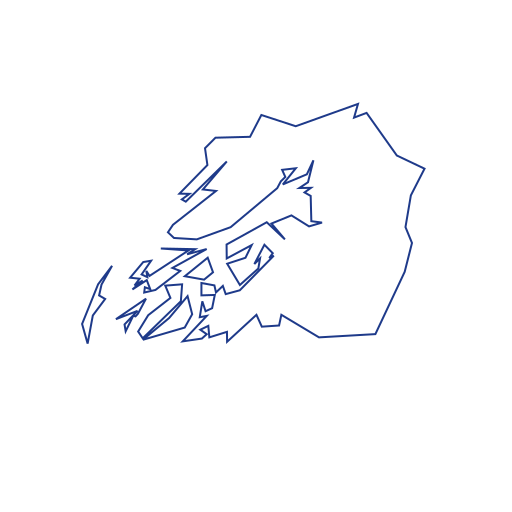 the district of Kragerø nor, Telemark, Norway, rotated 153°
{"feature_id": "86288312B49574496849742", "entity_name": "Kragerø nor", "entity_type": "district", "adm_level": 2, "iso_a3": "NOR", "parent_name": "Norway", "parent_adm1": "Telemark", "projection": "natural_earth1", "projection_center": [9.439, 58.886], "detail": "medium", "context": "isolated", "style": "outline", "palette": "blue", "viewbox_px": 512, "rotation_deg": 153, "n_neighbors": 0, "source": "geoboundaries", "source_scale": "gbopen_adm2", "svg_char_len": 1955}
<svg xmlns="http://www.w3.org/2000/svg" viewBox="0 0 512 512"><g transform="rotate(153 256 256)"><path d="M238.4,379.8L252.5,375.2L258.0,359.1L295.9,346.3L287.1,341.6L296.4,340.1L293.9,336.3L239.1,353.5L273.1,339.4L262.1,332.1L315.8,321.5L323.7,317.1L320.9,309.3L301.2,297.7L265.5,293.2L206.3,306.8L199.9,311.3L194.0,313.1L193.6,320.9L180.7,316.1L199.6,307.6L173.6,305.7L161.4,315.2L176.2,298.1L186.5,296.9L176.1,291.8L183.9,290.6L180.0,284.7L190.9,261.9L182.0,255.8L195.3,258.3L206.0,276.1L227.5,277.9L222.7,257.7L231.1,281.2L277.0,279.6L283.2,267.1L254.9,267.7L266.2,259.2L285.2,262.2L283.5,237.5L259.6,243.8L253.5,252.0L261.1,249.6L243.4,262.2L239.8,250.9L245.1,248.2L240.0,248.2L286.0,232.8L300.3,235.8L299.1,244.4L308.2,241.7L306.4,248.7L316.9,256.7L322.5,245.7L310.4,240.0L318.8,229.4L326.0,229.7L324.4,240.0L333.9,227.0L327.1,225.0L360.0,213.2L341.7,207.0L335.4,208.7L339.1,215.6L330.2,215.4L334.5,204.7L316.3,201.6L320.7,192.7L282.3,203.4L282.9,190.4L267.0,183.6L260.1,192.1L236.8,154.9L185.1,132.2L130.7,174.4L111.1,196.8L109.7,213.9L90.5,239.7L66.2,257.3L84.9,281.6L92.5,333.3L105.8,334.8L96.1,345.2L161.7,353.6L187.2,379.2L207.2,364.9L238.4,379.8ZM361.0,271.4L330.3,277.1L335.9,283.3L296.8,284.6L316.6,288.8L307.1,289.7L337.4,305.9L313.7,291.6L359.9,286.6L360.5,292.5L362.4,286.5L366.3,291.5L351.6,299.4L359.2,301.8L378.0,293.8L370.0,288.6L377.6,284.9L368.1,285.6L381.3,282.3L364.3,284.1L365.3,274.5L369.2,278.6L372.2,274.2L361.0,271.4ZM352.0,224.6L339.3,233.1L335.2,251.3L361.5,240.2L394.8,232.7L352.0,224.6ZM394.3,234.1L343.5,249.8L334.7,264.3L350.3,270.8L351.3,257.5L378.9,252.2L395.3,242.2L394.3,234.1ZM445.8,254.4L428.4,277.1L409.9,286.2L413.7,292.1L406.6,300.7L388.7,312.6L409.5,302.5L441.8,274.4L445.8,254.4ZM313.0,258.5L301.7,261.0L299.8,276.4L328.6,270.3L313.0,258.5ZM406.3,248.1L392.5,258.5L390.8,256.9L387.5,258.1L373.4,267.9L409.5,263.3L386.5,260.9L404.2,254.7L406.3,248.1Z" fill="none" stroke="#1e3a8a" stroke-width="2"/></g></svg>